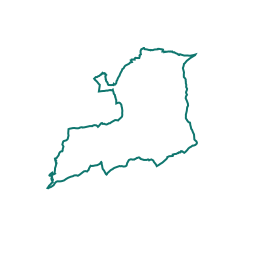 Cata, Brasov, Romania, rotated 316°
{"feature_id": "2599482B43021810170030", "entity_name": "Cata", "entity_type": "district", "adm_level": 2, "iso_a3": "ROU", "parent_name": "Romania", "parent_adm1": "Brasov", "projection": "robinson", "projection_center": [25.249, 46.128], "detail": "fine", "context": "isolated", "style": "outline", "palette": "teal", "viewbox_px": 256, "rotation_deg": 316, "n_neighbors": 0, "source": "geoboundaries", "source_scale": "gbopen_adm2", "svg_char_len": 5726}
<svg xmlns="http://www.w3.org/2000/svg" viewBox="0 0 256 256"><g transform="rotate(316 128 128)"><path d="M122.2,175.4L123.2,175.6L123.7,175.8L125.7,176.2L126.3,176.2L127.3,176.5L128.8,176.8L134.2,177.0L135.6,176.7L136.2,176.2L136.9,176.6L138.0,176.9L140.6,179.1L141.0,179.2L141.7,178.2L143.4,179.1L144.8,180.2L146.6,180.6L146.8,181.0L147.8,180.9L148.1,181.4L148.7,181.5L148.8,181.9L149.8,181.9L150.2,181.6L150.9,182.6L150.8,183.2L151.0,183.6L151.2,184.9L152.6,185.1L155.4,185.0L157.1,184.7L158.7,184.8L160.4,185.3L162.2,185.5L163.0,186.3L163.7,186.5L164.7,187.0L166.4,187.0L166.8,186.9L167.4,186.4L167.9,185.2L167.7,182.9L167.8,182.3L171.0,178.5L171.7,176.3L172.8,173.7L172.9,172.5L174.0,170.8L174.9,169.1L176.0,167.7L176.3,167.1L175.6,165.9L175.8,163.6L176.0,163.3L176.2,161.8L176.5,161.0L177.5,160.1L178.9,158.6L182.2,156.5L185.1,154.1L185.6,154.1L186.8,153.6L188.1,151.9L188.6,150.6L189.0,149.9L190.2,146.6L191.7,145.5L193.5,145.1L193.9,143.8L194.4,142.8L194.9,142.4L196.5,141.7L197.7,140.9L198.3,138.9L199.9,137.5L200.6,136.1L202.0,134.6L202.2,134.1L203.0,133.5L203.5,132.3L203.6,130.1L205.5,128.1L206.9,126.9L209.1,123.0L210.6,122.3L212.3,121.2L212.7,120.8L213.8,120.9L217.0,120.5L221.6,121.0L226.9,122.2L227.6,122.0L226.0,121.2L222.8,119.1L221.0,117.0L218.8,115.0L217.1,112.0L216.8,111.3L216.5,111.0L215.6,111.1L215.2,110.5L215.3,110.1L215.1,109.7L215.2,109.3L214.1,106.9L214.0,105.9L213.8,105.5L213.3,105.3L213.0,105.0L212.9,104.4L212.9,103.8L212.7,103.8L212.4,103.3L212.1,103.2L211.9,102.9L211.9,102.6L211.1,102.1L210.9,101.7L210.4,101.2L207.9,99.4L208.2,99.4L206.6,97.6L205.9,96.9L207.6,95.9L207.1,95.0L206.1,93.8L205.2,92.5L204.5,91.9L204.1,92.1L201.5,89.9L199.9,89.2L198.6,87.7L198.2,87.8L198.0,87.5L197.6,86.7L197.1,86.2L196.2,84.6L194.7,82.8L195.1,81.6L194.8,81.3L193.2,81.0L192.4,80.6L190.7,81.2L189.4,82.5L188.4,84.0L187.0,83.7L186.6,83.9L186.4,84.5L184.7,85.5L183.9,84.8L182.9,83.6L182.2,83.1L182.2,82.8L181.8,82.6L180.7,82.8L180.6,83.0L180.3,83.4L178.3,81.4L178.1,81.6L177.7,81.4L177.5,81.5L177.1,81.3L176.6,83.3L175.1,82.4L173.4,82.5L169.5,81.3L168.1,81.4L166.3,82.0L165.4,81.9L164.9,81.7L163.3,82.5L161.2,83.1L159.2,83.9L158.3,84.5L157.7,84.5L155.2,85.2L153.2,86.2L152.5,86.2L150.6,87.6L150.1,87.7L149.2,87.5L148.7,87.7L148.4,87.4L148.4,86.4L147.3,87.0L146.8,86.3L146.2,85.9L143.9,83.6L143.8,83.2L144.0,82.4L144.3,82.0L144.5,81.8L144.5,81.5L144.9,80.7L145.0,80.1L144.8,79.8L144.9,79.3L145.1,78.6L145.7,78.1L145.9,77.7L145.9,77.2L146.3,77.0L146.9,76.1L147.2,75.4L147.9,75.2L148.4,74.7L149.0,74.7L149.2,74.0L148.9,73.7L149.2,73.3L149.0,73.2L149.1,72.9L148.9,72.6L149.0,72.4L149.2,72.7L149.2,72.4L149.0,72.2L149.3,72.2L148.7,72.0L148.5,71.9L148.4,71.8L148.5,71.7L148.0,71.4L148.0,71.1L147.7,71.2L147.7,70.7L147.3,70.8L146.8,70.6L145.5,70.9L145.2,70.6L143.5,70.6L142.7,70.1L141.2,69.9L140.2,69.0L137.9,69.0L137.7,70.4L137.8,70.5L137.9,73.3L137.6,75.8L137.7,77.3L136.7,78.2L132.4,81.5L135.2,83.6L136.8,85.0L138.5,86.1L139.1,86.8L141.6,88.3L142.0,89.2L142.7,89.6L143.7,89.8L143.1,90.7L142.4,92.3L141.6,93.4L141.5,94.2L141.5,95.1L140.6,96.4L140.6,96.7L140.2,97.0L140.1,97.5L139.3,98.8L139.0,99.7L137.9,100.8L136.6,102.2L137.9,102.7L139.2,103.5L139.6,104.6L139.4,106.5L138.5,107.9L138.2,108.2L137.9,109.0L135.9,111.7L134.2,113.2L133.0,114.6L131.8,115.5L131.0,115.7L126.6,115.6L126.1,115.7L125.5,114.8L124.6,113.7L124.1,113.3L119.8,112.2L118.4,112.1L117.5,111.3L117.1,111.3L115.2,110.7L114.7,110.2L114.1,109.2L113.9,108.5L113.3,108.0L112.9,107.8L112.6,107.4L112.5,107.1L112.7,106.6L112.2,106.4L112.1,106.0L111.1,106.0L108.7,106.3L107.2,106.3L107.3,105.3L107.0,104.0L105.7,102.5L104.4,101.9L103.8,101.9L103.6,101.7L103.4,101.7L103.1,101.3L102.5,100.8L102.0,100.2L97.2,97.3L96.0,96.4L95.6,96.1L95.5,95.6L95.0,95.1L93.9,94.4L92.8,94.1L91.8,93.5L90.2,91.8L89.4,90.7L88.2,89.7L85.4,87.9L84.4,87.5L81.2,90.4L79.9,92.2L78.0,93.3L77.3,93.9L76.4,94.1L75.1,94.0L72.5,92.7L71.6,92.9L69.3,94.3L68.7,96.5L66.4,97.8L65.6,98.6L64.6,99.1L64.0,98.5L62.5,98.1L61.0,98.4L59.0,99.5L57.1,99.7L56.1,100.0L55.4,99.8L54.3,99.3L54.1,99.8L54.2,100.0L53.9,100.1L54.0,100.3L53.9,100.5L53.7,100.5L53.4,100.8L53.5,100.9L53.5,101.2L53.1,101.1L52.8,101.9L52.6,102.2L52.6,102.5L52.4,102.5L52.3,103.0L51.9,103.3L52.1,103.6L51.9,103.9L50.9,104.3L49.6,105.2L47.6,106.2L46.4,107.4L44.6,108.8L43.8,109.6L43.8,110.1L43.0,109.9L41.3,109.3L42.0,108.7L42.5,107.5L40.2,107.2L38.6,107.4L38.5,107.8L38.7,108.2L39.1,108.5L39.4,109.0L40.0,109.2L39.9,109.4L39.3,110.7L38.0,110.9L37.7,111.2L37.3,111.9L38.1,112.2L38.3,112.5L38.2,112.9L37.7,113.3L36.8,113.1L36.2,114.7L34.4,114.5L33.3,114.7L31.0,114.7L30.2,115.0L28.4,115.3L28.7,115.9L30.0,116.2L31.6,116.9L34.7,117.5L36.9,116.9L38.6,116.8L39.3,116.9L40.6,117.6L41.0,118.2L42.4,119.5L43.8,120.4L45.6,121.3L48.2,121.7L50.5,122.3L53.0,123.3L54.9,124.4L56.2,124.7L57.1,125.3L58.2,126.4L58.6,127.3L58.9,127.6L60.8,128.0L66.2,128.6L67.4,129.4L68.4,130.9L69.8,130.7L70.6,130.8L71.9,130.0L74.8,129.2L74.9,129.6L76.0,130.4L76.2,130.8L78.2,132.0L80.1,133.4L82.4,134.1L84.0,134.1L84.7,133.8L85.1,133.9L84.8,134.9L83.8,135.7L83.5,136.7L82.4,138.2L81.4,139.8L81.2,142.0L80.1,145.8L80.2,146.6L80.8,146.6L81.4,146.2L85.8,146.3L87.3,146.5L88.4,147.0L89.3,146.9L90.9,147.4L95.5,149.5L96.0,150.3L97.1,151.1L97.9,152.5L99.2,153.6L100.0,153.9L100.9,154.0L103.2,152.6L105.1,152.1L105.6,151.8L106.6,151.7L108.2,152.4L108.9,153.2L109.2,153.8L110.0,154.4L110.1,154.6L110.6,154.9L110.7,155.1L111.2,155.1L111.8,155.4L113.6,155.7L113.8,156.0L115.1,156.5L115.6,157.0L115.7,157.4L115.6,157.8L115.8,158.6L115.6,158.8L115.7,159.3L116.9,161.2L116.9,161.5L117.5,162.3L119.3,164.0L120.6,164.5L120.8,165.1L120.7,165.9L121.3,166.0L123.0,166.9L123.6,169.0L123.1,170.2L122.8,173.5L122.2,175.4Z" fill="none" stroke="#0f766e" stroke-width="2"/></g></svg>